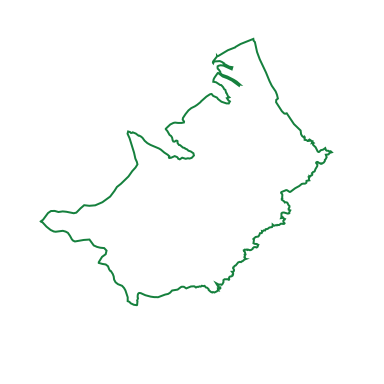 Paser, Kalimantan Timur, Indonesia (orthographic projection), rotated 234°
{"feature_id": "22746128B17746000623405", "entity_name": "Paser", "entity_type": "district", "adm_level": 2, "iso_a3": "IDN", "parent_name": "Indonesia", "parent_adm1": "Kalimantan Timur", "projection": "orthographic", "projection_center": [116.052, -1.688], "detail": "fine", "context": "isolated", "style": "outline", "palette": "green", "viewbox_px": 384, "rotation_deg": 234, "n_neighbors": 0, "source": "geoboundaries", "source_scale": "gbopen_adm2", "svg_char_len": 6080}
<svg xmlns="http://www.w3.org/2000/svg" viewBox="0 0 384 384"><g transform="rotate(234 192 192)"><path d="M142.0,328.4L143.5,328.1L144.1,326.8L145.1,326.6L146.3,325.2L147.3,325.0L149.2,325.6L149.2,323.0L150.1,320.7L149.7,318.5L150.0,317.9L150.9,317.5L155.6,318.3L158.8,317.7L159.9,318.1L160.3,318.7L160.2,319.2L160.7,319.1L161.2,317.7L162.3,319.3L163.7,318.1L164.1,318.4L165.4,317.9L165.4,317.2L164.7,316.5L165.3,315.5L166.6,315.2L168.0,313.8L169.9,315.3L170.3,314.7L170.8,315.0L170.8,314.5L172.4,314.0L174.6,314.2L177.9,316.0L187.0,314.4L200.0,314.9L200.6,313.3L201.5,312.7L204.5,312.2L215.2,312.8L217.0,314.3L217.1,316.4L220.7,317.9L224.2,318.8L231.1,319.0L236.2,319.9L245.2,322.1L259.5,324.8L267.0,326.9L276.3,331.0L278.2,330.8L279.8,331.6L283.2,318.2L283.8,312.5L283.6,312.0L285.6,304.4L286.6,293.2L286.9,292.2L287.3,292.2L287.0,292.0L285.2,285.8L284.3,284.9L283.7,284.9L284.3,285.8L284.4,286.9L281.6,291.4L279.7,292.6L277.4,293.5L277.2,293.1L271.5,295.8L269.3,298.0L267.9,296.2L275.7,291.8L277.7,289.7L278.5,287.7L278.6,286.6L277.8,285.9L276.7,285.3L274.9,285.6L272.6,285.5L271.7,284.9L269.3,285.2L264.6,288.5L258.3,291.7L255.1,293.0L250.8,294.0L251.1,293.7L250.3,292.5L258.8,289.8L263.5,287.3L267.4,284.7L273.0,283.1L273.1,282.7L271.3,277.4L270.4,275.7L268.7,274.0L266.6,276.0L262.0,277.7L261.3,278.5L258.5,278.8L256.2,278.5L255.1,279.0L252.0,277.9L251.5,278.1L248.4,277.4L246.7,277.8L247.4,275.4L244.4,275.3L243.0,275.9L242.0,273.8L243.5,271.9L247.7,268.9L251.8,267.7L253.7,267.7L257.3,265.6L259.6,265.5L260.0,265.2L260.5,263.8L260.7,259.7L260.0,252.6L259.7,251.6L259.5,247.5L259.6,244.8L260.3,240.7L260.1,237.1L258.8,232.4L257.2,228.2L256.0,227.0L253.7,227.0L253.0,226.3L254.1,224.0L255.9,221.5L258.1,219.1L258.8,217.6L259.4,214.1L258.6,208.0L258.2,207.7L255.8,207.9L251.4,207.4L249.6,208.0L247.8,207.9L245.1,206.7L243.8,206.6L243.0,207.5L242.9,209.4L242.1,210.1L241.7,210.2L240.1,209.1L237.7,209.1L236.9,209.9L233.2,210.8L232.0,211.9L231.0,212.0L229.5,213.0L227.5,213.4L225.6,214.8L222.5,215.9L220.4,215.0L219.8,211.8L220.5,209.7L221.7,208.5L222.6,206.4L225.5,204.2L225.6,201.3L227.0,200.4L228.2,200.6L229.1,200.4L231.2,199.1L232.0,195.2L232.9,193.6L233.8,193.8L234.2,194.7L236.5,194.2L240.1,192.8L244.6,191.7L246.7,190.8L254.5,186.1L257.8,184.6L261.3,183.8L264.9,183.8L266.9,183.3L268.7,182.4L268.9,181.9L272.3,180.9L275.1,179.1L275.1,178.2L275.7,177.3L276.9,177.1L278.5,175.9L277.0,174.1L272.2,173.1L257.8,168.2L252.3,165.8L248.8,165.1L246.4,164.1L245.0,160.7L244.0,155.9L241.9,149.7L240.4,139.3L240.2,134.2L238.5,130.0L236.4,123.1L236.4,113.5L238.1,105.9L241.2,100.8L244.7,97.0L244.3,92.2L243.3,86.3L244.3,83.9L249.9,78.7L252.3,76.0L254.3,72.2L257.4,69.8L259.5,66.7L259.6,63.1L257.1,55.2L257.1,52.4L256.5,52.5L256.5,53.1L249.5,53.9L244.4,55.3L241.4,56.9L240.0,58.3L236.5,64.7L234.2,66.5L231.9,67.6L228.1,67.5L224.4,67.0L222.6,67.2L220.8,68.2L216.8,76.3L213.8,81.1L206.5,81.1L203.4,82.9L201.0,84.9L198.2,88.0L194.8,88.4L192.4,85.6L192.4,81.1L190.0,75.3L189.4,74.9L186.4,77.3L184.1,79.6L181.3,80.4L178.0,79.5L176.1,79.5L175.7,79.9L172.2,79.7L169.7,79.0L166.9,77.5L163.9,77.1L161.0,77.9L157.2,80.3L154.3,80.6L151.5,80.3L144.6,78.1L141.5,75.8L139.9,76.8L138.0,77.0L134.9,78.7L132.9,80.8L132.9,81.2L135.6,83.6L136.3,83.7L137.8,85.9L138.9,86.2L140.6,87.6L141.4,88.8L141.4,89.9L140.3,91.1L135.9,93.6L131.6,97.1L129.1,99.7L126.8,102.8L124.8,110.0L123.6,112.7L123.4,115.0L124.0,118.0L121.5,123.0L121.6,127.0L121.3,128.2L120.1,129.7L117.4,130.7L116.2,135.6L114.6,138.1L114.1,138.6L112.6,138.9L112.3,139.4L112.3,140.4L111.5,141.3L111.3,142.5L110.3,143.5L110.4,144.8L109.2,145.8L108.7,147.0L106.7,147.1L105.6,148.0L103.6,148.3L102.9,147.9L100.2,148.5L98.8,149.3L98.8,150.1L97.5,151.1L97.0,153.9L97.3,154.8L96.7,155.5L97.6,155.6L98.7,156.2L97.4,157.5L97.4,158.3L97.9,158.6L97.9,158.0L98.8,158.0L99.2,157.4L99.8,157.9L100.1,157.6L104.1,157.9L101.4,159.2L100.4,160.8L99.5,161.4L99.5,162.2L100.5,164.4L102.2,165.6L102.3,167.0L100.6,169.4L99.3,170.2L99.5,170.8L100.6,171.3L101.2,172.2L101.2,173.3L100.5,174.5L100.5,175.7L101.3,176.2L101.1,176.7L102.2,177.6L103.9,177.5L103.5,178.1L103.4,179.2L104.0,180.0L104.8,180.4L106.1,180.4L106.8,181.0L106.7,181.7L107.2,183.1L106.9,184.2L107.9,188.0L107.4,189.6L106.5,190.4L106.6,191.6L106.3,192.2L106.5,194.8L106.1,196.3L106.4,196.0L107.9,196.3L108.3,196.0L108.8,196.4L109.2,197.3L110.4,197.8L110.1,198.6L112.4,199.5L113.5,199.3L113.8,199.7L114.4,199.7L114.4,200.8L113.4,201.9L113.2,202.7L112.4,202.9L112.3,203.6L110.9,204.6L110.4,205.6L110.3,207.5L110.8,208.3L110.9,209.8L110.0,211.1L109.1,211.7L109.1,212.8L110.2,214.4L110.6,213.9L111.2,214.2L112.0,213.7L112.9,212.5L114.4,211.6L117.0,214.1L117.9,214.0L118.0,214.6L118.2,217.0L117.0,219.5L117.5,221.0L118.7,222.8L117.8,224.2L118.3,225.1L119.2,225.6L118.6,226.0L118.8,227.4L117.9,228.6L118.6,229.7L117.7,231.5L117.8,233.7L116.6,236.1L117.5,237.6L118.2,238.1L116.5,238.5L115.9,240.3L115.1,241.1L115.3,241.6L114.1,243.0L114.1,245.3L112.2,247.5L112.1,248.0L112.3,248.5L113.6,248.3L114.9,248.8L115.5,250.0L115.2,250.6L115.5,251.3L116.2,250.8L118.2,250.6L118.0,249.6L118.5,248.7L118.9,249.4L122.1,251.8L122.2,252.9L121.4,254.3L118.2,256.8L117.7,257.9L117.7,258.3L118.3,258.5L119.4,260.7L120.8,259.8L121.7,260.3L122.3,261.7L123.3,262.6L124.8,262.4L127.1,262.8L127.8,262.6L128.9,261.5L129.0,260.9L130.3,261.0L133.0,260.1L133.8,260.7L133.7,261.3L134.7,261.8L136.5,263.4L137.4,263.7L138.5,263.5L139.1,263.7L139.4,264.3L138.2,269.3L137.4,270.0L134.7,271.0L134.3,271.7L134.4,277.7L133.8,282.3L134.0,285.5L133.4,286.9L132.4,288.2L132.2,289.3L132.3,290.0L133.7,291.2L132.5,293.7L133.3,293.8L134.3,294.8L135.6,295.2L135.5,295.7L135.9,296.1L135.1,296.3L135.5,297.7L135.1,298.3L135.2,299.3L136.1,300.1L136.7,300.1L137.0,301.9L136.6,302.9L136.7,303.5L137.9,305.2L139.3,308.5L140.4,309.5L142.6,309.5L142.9,310.0L142.8,310.9L142.3,311.4L140.4,312.0L139.8,312.7L139.2,312.8L139.1,313.5L138.6,313.6L138.4,316.0L139.0,317.7L139.9,318.4L139.9,319.1L141.0,321.4L143.5,322.2L142.2,324.5L142.7,326.5L142.0,328.4ZM260.9,290.0L269.6,284.3L254.7,292.4L260.9,290.0Z" fill="none" stroke="#15803d" stroke-width="2"/></g></svg>